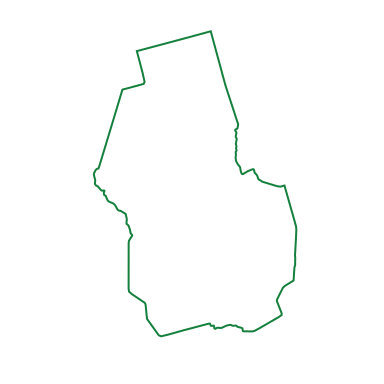 SVG path tracing the border of Córdoba, rotated 165°
{"feature_id": "ARG-1299", "entity_name": "Córdoba", "entity_type": "Province", "adm_level": 1, "iso_a3": "ARG", "parent_name": "Argentina", "parent_adm1": "", "projection": "robinson", "projection_center": [-63.644, -32.213], "detail": "fine", "context": "isolated", "style": "outline", "palette": "green", "viewbox_px": 384, "rotation_deg": 165, "n_neighbors": 0, "source": "natural_earth", "source_scale": "10m", "svg_char_len": 3512}
<svg xmlns="http://www.w3.org/2000/svg" viewBox="0 0 384 384"><g transform="rotate(165 192 192)"><path d="M268.3,81.1L266.0,95.1L266.1,96.4L266.4,97.3L276.5,108.9L278.6,112.1L278.2,115.2L266.3,159.4L265.5,161.2L263.5,163.1L261.7,164.7L261.1,165.4L261.0,166.0L261.1,166.4L261.8,167.5L261.8,167.8L261.9,168.1L262.0,168.5L261.9,169.1L261.7,171.5L261.7,172.3L262.0,175.5L262.0,175.8L262.1,176.1L262.2,176.3L262.8,177.3L263.2,177.9L263.4,178.1L263.4,178.5L263.3,179.0L262.8,180.5L262.4,181.4L262.1,182.3L261.9,183.7L261.8,188.0L263.0,189.3L263.9,190.2L265.4,191.9L265.7,192.2L267.1,192.8L267.9,193.5L268.1,193.7L268.4,194.2L269.6,198.8L269.9,199.5L271.0,201.3L274.2,203.8L274.8,204.4L275.4,205.2L275.5,205.5L275.9,206.7L276.1,208.4L276.2,210.1L276.3,210.5L276.6,210.9L276.9,211.2L277.4,211.5L277.5,211.8L277.6,212.1L277.6,212.7L277.6,213.2L277.5,213.5L277.4,213.9L277.2,214.4L277.0,214.7L276.4,215.5L276.3,215.8L276.3,216.0L276.7,216.2L277.0,216.3L278.4,216.6L278.7,216.7L278.9,216.8L279.1,217.0L279.3,217.2L280.5,219.6L281.3,221.4L281.5,221.7L281.6,221.9L282.9,223.0L283.0,223.2L283.2,223.5L283.5,224.3L283.6,224.7L283.6,225.1L283.5,225.6L283.2,226.4L282.6,227.7L282.4,228.8L282.4,232.1L282.3,233.4L282.2,234.4L282.0,234.8L281.4,236.0L279.7,237.7L279.1,238.3L278.4,238.7L278.2,238.8L277.9,238.9L277.3,239.0L277.0,239.0L276.3,238.9L275.1,240.6L264.8,257.1L250.9,279.5L232.7,308.9L210.8,308.9L209.3,310.6L208.9,319.6L208.8,342.4L183.1,342.3L159.3,342.3L132.3,342.4L132.1,286.3L129.9,245.5L129.9,245.2L130.2,244.6L131.5,242.0L131.7,241.8L131.8,241.6L132.0,241.5L132.4,241.4L133.5,241.2L133.8,241.1L134.1,240.9L134.3,240.4L134.4,240.1L134.3,239.8L133.8,238.6L133.8,237.7L134.0,237.1L135.2,234.8L135.4,234.1L135.5,233.6L135.2,232.7L135.0,232.0L135.1,231.6L135.2,231.3L136.9,227.9L137.1,227.4L137.2,227.0L137.2,225.0L137.3,224.6L137.4,224.2L138.0,223.1L138.2,222.7L138.2,222.3L138.1,221.6L138.2,221.0L138.2,220.6L138.4,220.3L139.1,219.7L139.4,219.3L139.5,218.9L139.6,218.5L140.0,216.3L141.0,213.9L141.2,212.4L141.4,210.6L141.4,210.1L141.3,209.8L141.0,208.7L140.7,207.7L140.5,206.6L139.5,204.6L139.3,204.1L139.2,203.6L139.2,202.4L139.4,200.9L139.5,199.5L139.4,197.9L139.3,197.1L139.1,196.6L138.9,196.5L138.7,196.3L138.4,196.2L138.1,196.2L137.8,196.2L137.0,196.4L132.5,197.7L127.6,198.3L127.0,198.2L126.7,198.0L126.6,197.7L126.4,197.2L126.4,196.9L126.5,194.6L126.4,194.0L126.2,193.8L125.5,192.7L125.1,191.7L124.8,190.6L124.7,190.0L124.7,189.4L124.7,188.4L124.6,188.1L124.5,187.3L124.3,186.9L124.0,186.5L122.7,185.3L121.5,183.8L108.8,175.9L106.4,174.7L105.0,174.3L101.0,174.3L100.8,160.0L100.5,141.2L100.4,131.8L101.0,128.5L103.9,119.3L104.5,117.5L105.4,114.8L109.1,103.5L109.1,102.6L109.5,101.0L110.6,97.3L111.2,95.1L111.4,94.5L112.4,93.0L113.0,91.4L116.8,80.2L126.5,77.3L128.8,76.1L132.7,71.8L137.7,66.1L138.1,65.2L138.2,64.2L136.8,51.7L137.3,50.0L140.4,48.8L153.8,45.2L162.3,42.9L167.3,41.7L169.2,41.6L178.1,44.0L178.6,44.3L178.8,44.5L178.8,45.1L178.7,46.4L178.6,47.1L178.9,47.6L179.5,48.1L183.0,50.0L183.6,51.1L183.9,51.4L184.2,51.6L187.1,52.2L187.6,52.4L187.8,52.6L188.3,53.1L188.9,53.5L189.2,53.6L189.6,53.8L192.3,54.0L193.2,54.0L198.6,53.1L199.3,53.2L202.6,54.3L203.0,54.3L204.7,53.9L205.1,53.9L205.4,54.1L205.6,54.3L205.6,54.6L205.7,54.9L205.6,55.2L205.4,56.6L205.5,56.9L205.6,57.3L206.0,57.4L207.7,57.6L208.1,57.8L208.4,58.0L208.5,58.3L208.6,58.6L208.6,59.6L208.6,59.9L208.8,60.2L209.0,60.3L210.0,60.5L236.1,60.6L251.7,60.4L259.1,60.6L261.2,62.2L268.3,81.1Z" fill="none" stroke="#15803d" stroke-width="2"/></g></svg>